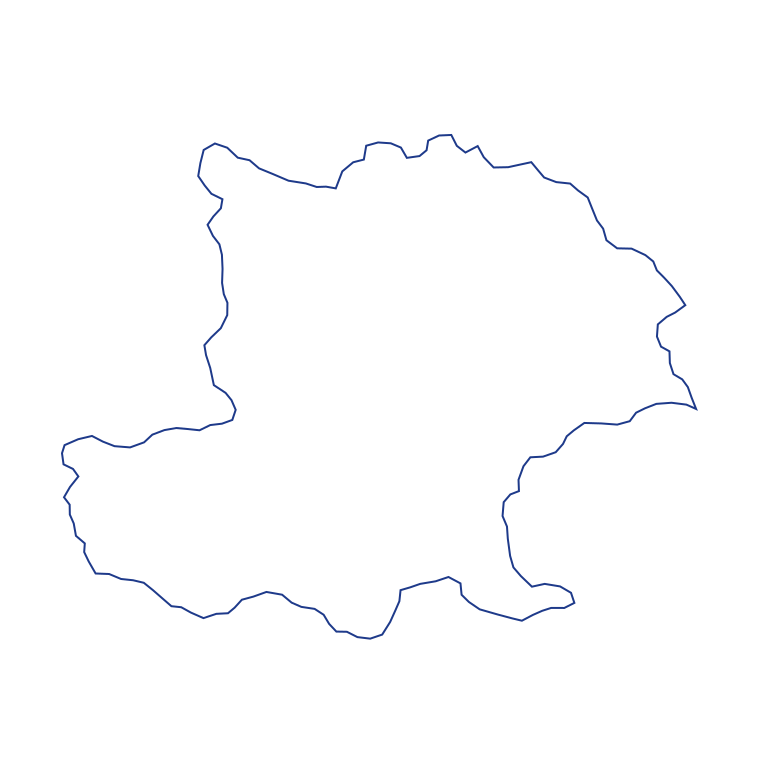 the district of Dores do Turvo, Minas Gerais, Brazil, rotated 96°
{"feature_id": "56859067B44427831669894", "entity_name": "Dores do Turvo", "entity_type": "district", "adm_level": 2, "iso_a3": "BRA", "parent_name": "Brazil", "parent_adm1": "Minas Gerais", "projection": "albers", "projection_center": [-43.164, -21.023], "detail": "fine", "context": "isolated", "style": "outline", "palette": "blue", "viewbox_px": 768, "rotation_deg": 96, "n_neighbors": 0, "source": "geoboundaries", "source_scale": "gbopen_adm2", "svg_char_len": 2508}
<svg xmlns="http://www.w3.org/2000/svg" viewBox="0 0 768 768"><g transform="rotate(96 384 384)"><path d="M162.5,577.3L170.1,587.8L183.5,589.7L196.6,590.5L205.3,583.1L212.9,575.5L217.1,564.0L226.3,564.6L235.2,571.2L244.1,576.1L254.6,569.6L262.3,562.3L272.4,558.7L286.4,556.6L300.4,555.6L311.4,552.7L319.6,548.2L331.9,547.1L345.5,552.1L355.7,560.7L364.2,566.7L373.9,564.0L386.2,558.5L402.9,553.1L409.4,540.6L416.0,534.0L425.2,528.8L435.6,531.1L440.4,541.0L443.0,552.5L449.3,562.6L449.3,574.1L449.5,586.0L452.8,597.6L458.6,609.1L467.1,616.5L473.6,629.9L474.0,645.5L470.7,657.5L466.2,669.0L470.9,682.4L478.2,695.3L486.5,697.0L497.4,694.3L501.0,684.4L507.9,678.3L519.2,685.5L530.1,690.4L536.9,684.0L546.7,682.8L555.1,678.0L567.2,674.5L573.8,664.9L582.5,664.6L591.4,659.1L602.6,651.0L601.7,637.5L605.4,625.1L605.4,613.0L606.8,602.1L613.2,592.2L621.2,580.8L627.2,572.2L627.2,562.3L631.5,552.2L635.7,539.1L630.1,526.7L628.3,515.2L622.1,509.2L613.4,502.8L609.1,491.7L603.1,479.2L604.2,463.3L611.1,453.0L614.3,442.9L614.9,429.5L619.8,419.9L628.3,413.5L635.2,405.5L634.3,395.0L638.5,384.0L638.7,371.1L633.4,359.6L620.0,353.0L608.2,349.1L598.4,346.0L587.3,346.0L583.5,336.7L579.0,327.1L574.8,312.0L569.2,299.7L574.3,287.1L585.5,284.8L591.9,276.8L598.1,265.3L601.4,246.6L603.7,231.9L605.0,222.1L598.1,211.8L593.0,202.9L589.2,194.3L587.9,181.3L581.8,171.8L572.1,176.2L566.9,187.7L566.0,203.3L570.1,215.7L560.7,227.8L552.9,236.1L541.8,240.6L524.9,244.7L512.9,246.8L502.9,252.3L489.0,252.6L480.6,246.8L476.4,238.6L465.2,240.2L451.2,236.7L441.6,230.8L439.6,218.2L433.9,206.1L424.9,199.7L416.9,196.8L410.3,190.4L401.8,180.7L400.5,163.8L400.0,147.8L395.3,135.7L386.2,130.3L380.9,121.9L375.3,111.1L372.6,96.1L372.9,81.1L376.2,71.0L365.5,76.6L355.3,81.5L348.2,87.9L344.0,97.1L333.3,101.9L321.7,103.5L317.9,112.4L308.3,117.5L296.1,117.9L287.7,109.9L282.5,101.9L274.1,92.6L266.3,99.0L256.5,108.0L249.0,116.5L242.5,124.5L234.0,129.0L228.5,137.5L223.5,151.9L224.7,166.3L217.8,177.8L206.6,182.3L199.1,189.3L187.1,195.7L177.2,200.9L171.2,211.3L165.2,219.8L165.2,233.8L161.9,246.3L155.8,252.7L148.0,260.7L151.6,271.7L155.4,283.2L157.2,297.6L148.0,308.5L137.6,315.7L145.3,327.2L139.5,336.5L129.3,343.1L131.1,355.2L137.3,365.5L147.1,366.1L153.6,372.5L156.7,384.9L147.1,391.9L143.9,402.4L144.4,415.1L148.9,426.6L162.9,427.5L166.7,437.8L176.9,447.7L194.5,452.4L193.8,462.3L195.1,471.5L192.7,482.7L191.8,500.2L186.7,516.8L182.6,530.8L175.5,541.1L174.2,553.1L165.4,564.6L162.5,577.3Z" fill="none" stroke="#1e3a8a" stroke-width="2"/></g></svg>